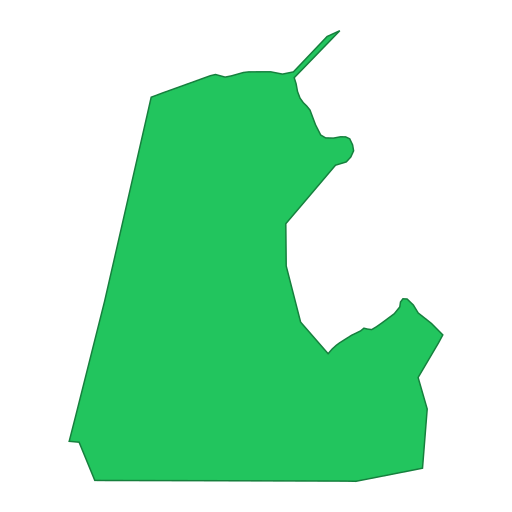 Campo Alegre do Fidalgo, Piauí, Brazil
{"feature_id": "56859067B37876647351724", "entity_name": "Campo Alegre do Fidalgo", "entity_type": "district", "adm_level": 2, "iso_a3": "BRA", "parent_name": "Brazil", "parent_adm1": "Piauí", "projection": "natural_earth1", "projection_center": [-41.776, -8.244], "detail": "fine", "context": "isolated", "style": "filled", "palette": "green", "viewbox_px": 512, "rotation_deg": 0, "n_neighbors": 0, "source": "geoboundaries", "source_scale": "gbopen_adm2", "svg_char_len": 1033}
<svg xmlns="http://www.w3.org/2000/svg" viewBox="0 0 512 512"><path d="M210.4,75.7L162.7,92.9L151.2,97.2L146.9,116.2L113.8,261.2L110.9,273.8L104.5,301.7L75.3,417.5L69.2,441.3L79.1,442.2L94.8,480.4L106.8,480.5L111.3,480.5L115.0,480.5L211.6,480.7L345.8,481.1L355.9,481.3L422.5,468.2L427.2,409.0L418.1,377.5L438.5,342.9L442.8,334.9L431.5,323.5L418.2,313.0L413.4,305.1L407.1,299.0L402.9,298.8L400.5,302.0L399.8,306.9L394.3,313.7L381.8,323.0L376.4,326.8L371.7,329.6L367.6,329.1L363.9,328.2L360.6,330.9L351.7,335.2L346.6,338.4L339.8,342.7L336.4,345.2L332.2,349.0L328.1,353.7L300.6,322.1L286.2,266.0L285.8,223.7L305.3,200.8L335.5,165.2L346.3,161.9L350.8,157.0L353.6,150.8L352.6,144.9L349.7,138.8L345.7,136.9L340.5,136.8L333.5,138.1L325.6,137.9L320.7,135.0L315.5,124.8L310.0,110.1L306.7,106.0L303.3,102.7L300.0,98.1L297.5,91.5L296.1,83.8L294.2,77.7L339.8,30.7L327.1,36.5L293.4,71.9L282.5,74.1L270.6,71.8L263.4,71.8L248.6,71.9L243.4,72.5L231.3,75.9L225.1,77.1L215.5,74.5L210.4,75.7Z" fill="#22c55e" stroke="#15803d" stroke-width="1.5"/></svg>